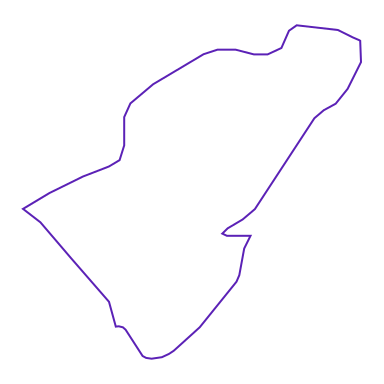 an SVG outline of Flintshire, rotated 90°
{"feature_id": "GBR-2126", "entity_name": "Flintshire", "entity_type": "Unitary Authority (wales)", "adm_level": 1, "iso_a3": "GBR", "parent_name": "United Kingdom", "parent_adm1": "", "projection": "albers", "projection_center": [-3.16, 53.209], "detail": "fine", "context": "isolated", "style": "outline", "palette": "violet", "viewbox_px": 384, "rotation_deg": 90, "n_neighbors": 0, "source": "natural_earth", "source_scale": "10m", "svg_char_len": 774}
<svg xmlns="http://www.w3.org/2000/svg" viewBox="0 0 384 384"><g transform="rotate(90 192 192)"><path d="M235.8,133.5L248.5,139.8L275.2,144.7L281.7,147.5L327.3,184.3L350.8,210.3L354.0,215.2L357.2,222.1L358.7,232.4L357.9,237.9L356.0,241.4L329.7,258.4L327.3,261.1L326.3,265.2L326.6,268.2L326.2,268.3L301.8,275.0L258.0,313.1L222.3,343.6L208.9,361.0L193.0,334.5L176.5,301.0L166.5,275.1L160.1,264.4L145.4,259.8L131.7,259.8L117.1,259.8L103.4,253.6L84.2,230.8L64.2,197.2L54.2,180.4L49.7,166.6L49.7,148.3L54.4,130.1L54.4,116.4L48.0,102.6L30.7,95.0L25.3,87.3L30.0,46.1L37.4,31.2L40.2,24.7L40.8,23.8L62.1,23.0L88.9,36.4L103.7,48.3L110.2,60.2L118.2,69.6L209.1,129.1L219.5,141.4L228.3,156.3L233.6,161.7L235.8,157.1L235.8,133.5Z" fill="none" stroke="#5b21b6" stroke-width="2"/></g></svg>